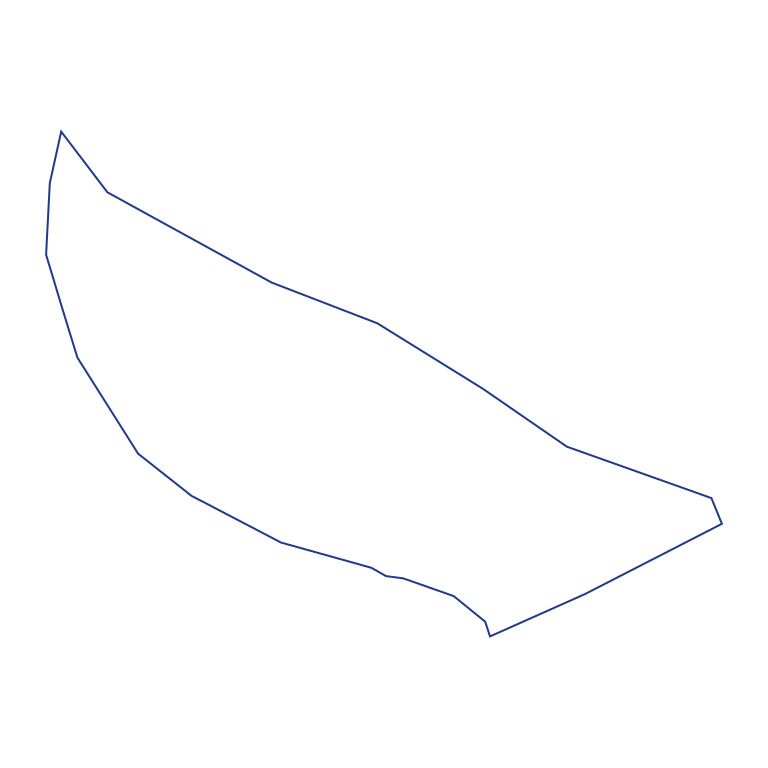 outline of Kawther, Suhaj, Egypt
{"feature_id": "37247803B38602183359422", "entity_name": "Kawther", "entity_type": "district", "adm_level": 2, "iso_a3": "EGY", "parent_name": "Egypt", "parent_adm1": "Suhaj", "projection": "albers", "projection_center": [31.725, 26.555], "detail": "fine", "context": "isolated", "style": "outline", "palette": "blue", "viewbox_px": 768, "rotation_deg": 0, "n_neighbors": 0, "source": "geoboundaries", "source_scale": "gbopen_adm2", "svg_char_len": 434}
<svg xmlns="http://www.w3.org/2000/svg" viewBox="0 0 768 768"><path d="M584.9,594.1L721.9,523.8L711.4,498.1L566.9,446.7L483.2,389.0L377.3,323.3L271.7,282.6L107.4,192.3L61.2,131.6L49.8,183.1L46.1,254.7L62.7,309.8L77.4,357.6L138.1,453.7L191.7,496.0L200.7,500.6L281.1,542.6L356.8,563.7L371.4,567.8L386.0,576.1L403.0,578.3L434.4,589.3L453.7,596.1L485.2,621.7L490.0,636.4L584.9,594.1Z" fill="none" stroke="#1e3a8a" stroke-width="2"/></svg>